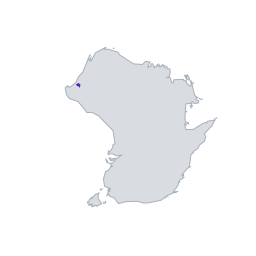 location of Northam, Western Australia, Australia, rotated 50°
{"feature_id": "25037944B49536287471778", "entity_name": "Northam", "entity_type": "district", "adm_level": 2, "iso_a3": "AUS", "parent_name": "Australia", "parent_adm1": "Western Australia", "projection": "orthographic", "projection_center": [116.616, -31.699], "detail": "fine", "context": "in_parent", "style": "filled", "palette": "violet", "viewbox_px": 256, "rotation_deg": 50, "n_neighbors": 0, "source": "geoboundaries", "source_scale": "gbopen_adm2", "svg_char_len": 4185}
<svg xmlns="http://www.w3.org/2000/svg" viewBox="0 0 256 256"><g transform="rotate(50 128 128)"><path d="M180.3,62.4L181.5,73.5L184.4,73.8L187.3,77.8L187.0,84.4L188.5,87.2L188.1,93.4L188.9,96.9L196.8,105.6L198.3,116.3L199.2,117.2L199.7,115.5L201.2,117.9L201.7,117.2L201.3,122.3L202.1,124.2L204.1,126.5L206.5,136.5L204.8,141.9L204.6,149.1L198.5,160.4L195.5,164.3L190.1,168.0L183.2,176.7L179.8,183.9L172.8,183.5L168.5,185.8L166.4,185.4L166.3,187.5L164.0,183.8L164.7,183.3L164.7,182.6L164.1,182.4L162.7,183.3L162.1,182.3L163.7,181.6L163.3,180.5L157.6,183.4L151.3,179.6L147.0,173.3L147.8,169.3L146.0,165.1L147.1,165.5L147.3,164.4L143.2,164.6L144.9,162.2L144.3,158.0L141.9,162.1L138.9,162.0L139.7,160.6L141.0,160.9L144.3,155.2L144.6,150.5L141.7,154.9L138.4,156.1L135.9,158.7L135.9,160.2L134.7,159.8L133.1,157.8L134.3,158.0L134.0,155.0L132.7,151.4L131.3,150.8L131.5,147.9L120.4,141.2L99.7,142.7L93.0,145.5L89.8,149.5L75.7,149.2L67.9,154.0L62.8,153.7L56.9,150.3L56.8,146.9L58.3,147.4L59.5,145.3L59.5,138.3L57.0,133.1L56.0,126.5L48.8,112.8L51.5,114.2L49.8,110.1L51.0,112.5L53.1,113.2L49.5,104.7L51.9,92.8L52.5,95.6L54.9,92.5L63.5,87.0L66.6,87.4L82.4,82.6L88.6,76.1L88.3,71.7L91.6,68.7L94.0,73.7L95.5,71.1L93.9,69.1L94.4,67.9L99.6,69.1L98.0,68.5L99.1,66.6L98.3,64.9L101.1,64.8L100.1,63.5L102.4,63.5L101.7,61.6L103.8,59.7L103.9,61.0L105.5,61.0L105.8,58.7L108.0,59.7L109.6,58.0L112.0,59.5L115.1,63.0L114.4,65.6L116.8,63.3L121.4,65.5L122.4,64.2L120.5,62.0L126.4,54.1L127.5,54.8L129.5,52.9L130.1,53.9L135.7,54.0L135.7,51.9L132.0,49.8L132.7,49.4L145.8,56.0L149.8,55.0L148.7,56.6L150.3,57.8L152.4,56.1L154.0,58.2L151.7,61.6L149.3,61.5L149.2,64.3L146.7,68.3L157.7,78.6L160.8,80.1L161.5,82.2L166.5,84.7L171.1,78.7L172.5,68.7L173.4,65.1L174.8,64.5L174.0,62.6L177.8,56.2L180.3,62.4ZM158.8,192.7L163.0,196.3L169.3,196.7L167.5,202.8L167.5,201.6L166.4,202.7L164.8,206.5L163.4,204.3L160.9,207.5L158.5,206.5L159.4,205.6L157.8,203.3L158.0,200.0L158.8,200.8L157.9,195.9L158.8,192.7ZM125.7,48.5L129.6,49.0L130.7,50.2L128.0,52.0L125.7,48.5ZM137.1,164.7L142.7,165.7L140.1,166.2L137.1,164.7ZM152.5,64.4L153.1,66.7L150.7,65.9L151.3,64.4L152.5,64.4ZM206.5,135.4L207.0,132.9L208.3,131.1L208.2,132.7L206.5,135.4ZM169.5,192.0L170.9,193.0L170.7,193.9L169.5,192.0ZM125.2,49.1L126.5,51.3L124.0,50.9L125.2,49.1ZM158.0,189.0L157.1,188.5L158.1,187.2L158.0,189.0ZM163.8,79.0L162.6,79.4L161.5,79.5L162.2,78.4L163.8,79.0ZM48.7,112.2L47.8,111.0L47.7,109.8L47.8,109.8L48.7,112.2ZM170.0,194.5L170.4,195.3L169.4,194.5L170.0,194.5ZM201.9,122.9L202.7,123.1L202.4,124.2L201.9,122.9ZM188.3,93.4L189.2,94.3L188.9,94.6L188.3,93.4ZM162.6,206.4L162.3,207.4L161.8,206.9L162.6,206.4ZM205.6,143.2L205.3,144.6L205.2,144.5L205.6,143.2ZM135.6,49.8L135.0,49.1L135.5,48.9L135.6,49.8ZM153.5,53.0L152.5,53.8L153.8,52.2L153.5,53.0ZM206.2,141.6L205.7,141.9L206.1,141.5L206.2,141.6ZM153.2,72.9L152.7,73.0L153.0,72.5L153.2,72.9ZM150.6,64.0L150.0,63.9L150.4,63.4L150.6,64.0ZM58.0,87.1L57.8,88.0L57.5,88.0L58.0,87.1ZM176.8,55.5L176.7,56.2L176.5,55.6L176.8,55.5ZM164.0,182.8L164.0,183.3L163.8,183.1L164.0,182.8ZM152.3,54.1L151.0,54.6L152.3,53.9L152.3,54.1ZM101.8,60.6L101.3,61.0L101.7,60.5L101.8,60.6ZM163.2,205.8L162.8,205.9L163.1,205.6L163.2,205.8ZM163.0,81.5L162.3,81.3L162.7,80.9L163.0,81.5ZM99.0,64.3L98.7,64.6L98.7,63.9L99.0,64.3ZM166.2,204.5L165.7,204.7L166.0,204.2L166.2,204.5ZM177.4,53.6L177.3,54.1L177.0,53.8L177.4,53.6ZM163.5,183.3L163.8,183.9L163.2,183.5L163.5,183.3ZM197.9,105.9L197.5,105.8L197.7,105.3L197.9,105.9ZM199.4,115.3L199.2,115.3L199.4,114.9L199.4,115.3ZM159.3,192.0L159.0,192.4L159.1,191.9L159.3,192.0Z" fill="#d9dde1" stroke="#a8b0b8" stroke-width="1"/><path d="M64.1,137.4L63.9,137.4L63.7,137.4L63.4,137.4L63.2,137.4L63.1,137.5L63.0,137.8L62.9,137.8L62.7,137.9L62.7,138.0L62.7,138.3L62.8,138.3L62.7,138.3L62.5,138.2L62.5,138.3L62.4,138.2L62.4,138.3L62.2,138.4L62.1,138.5L62.1,138.8L62.1,139.0L62.1,139.3L62.3,139.3L62.5,139.3L62.8,139.3L62.9,139.2L62.7,139.0L62.7,138.9L62.8,138.9L63.0,138.8L63.2,138.7L63.3,138.7L63.5,138.6L63.8,138.5L64.0,138.6L64.3,138.5L64.4,138.4L64.5,138.4L64.4,138.3L64.5,138.3L64.5,138.2L64.4,138.1L64.3,137.9L64.2,137.7L64.1,137.4L64.1,137.4Z" fill="#8b5cf6" stroke="#5b21b6" stroke-width="1.5"/></g></svg>